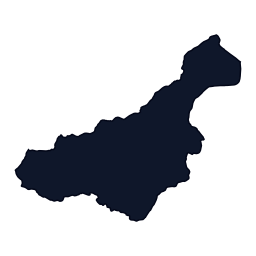 El Tambo, Cañar, Ecuador
{"feature_id": "8360857B65217893137982", "entity_name": "El Tambo", "entity_type": "district", "adm_level": 2, "iso_a3": "ECU", "parent_name": "Ecuador", "parent_adm1": "Cañar", "projection": "albers", "projection_center": [-78.917, -2.482], "detail": "fine", "context": "isolated", "style": "filled", "palette": "ink", "viewbox_px": 256, "rotation_deg": 0, "n_neighbors": 0, "source": "geoboundaries", "source_scale": "gbopen_adm2", "svg_char_len": 5843}
<svg xmlns="http://www.w3.org/2000/svg" viewBox="0 0 256 256"><path d="M180.9,77.1L181.0,78.4L180.7,79.1L179.8,80.3L178.5,80.6L177.2,80.4L175.4,81.4L174.8,81.2L173.6,82.0L173.4,82.6L172.2,83.2L171.3,84.4L169.7,85.5L169.2,86.0L168.6,86.3L167.8,86.4L166.4,86.3L165.7,86.4L164.3,86.9L162.4,88.1L159.0,91.1L157.8,91.8L156.5,92.3L155.8,92.7L155.2,93.3L154.8,94.0L154.4,95.3L152.9,97.8L152.5,98.6L152.2,99.2L150.4,100.6L150.0,101.1L148.1,103.7L147.2,104.7L146.6,105.1L146.0,105.3L145.4,105.7L144.7,106.0L143.9,106.2L142.0,107.0L141.4,107.4L141.0,107.9L141.0,109.3L140.6,109.8L140.2,110.5L140.4,112.1L139.5,112.9L138.9,113.2L137.5,113.5L135.4,113.3L134.0,113.5L130.9,115.0L129.4,115.8L125.0,119.0L123.8,119.5L122.1,118.9L120.1,118.0L118.9,117.5L117.8,117.3L115.9,117.7L114.5,118.8L112.8,120.7L112.0,121.1L111.4,121.1L110.5,120.8L109.6,121.0L108.5,120.9L107.1,120.9L106.0,120.5L105.1,120.6L104.1,120.1L103.2,120.2L102.5,120.1L100.9,120.8L99.1,123.4L98.1,124.3L97.7,125.0L97.5,125.7L96.7,126.7L95.6,127.7L95.3,128.2L94.8,130.7L94.5,131.5L93.7,132.2L92.4,132.9L90.2,133.8L89.1,133.8L88.9,133.6L88.1,133.5L86.8,133.3L85.0,133.3L84.2,133.5L82.9,134.2L79.6,135.8L78.7,136.6L78.3,136.6L77.3,136.6L76.1,136.4L75.2,136.0L73.2,134.9L72.4,134.5L72.1,134.5L71.6,134.6L71.2,134.9L70.6,135.5L70.1,135.8L68.0,136.0L67.4,135.9L67.2,136.3L66.8,136.9L66.1,137.6L65.9,137.7L65.1,137.3L64.9,137.4L64.5,137.6L63.8,137.3L63.2,137.2L62.3,136.6L61.9,135.7L61.4,135.2L61.0,135.0L59.9,136.4L59.3,136.5L58.9,136.6L58.3,137.5L57.5,138.5L56.8,141.1L55.1,144.0L54.9,145.2L55.1,146.4L55.0,147.4L54.7,148.2L54.0,149.1L53.7,149.4L53.3,149.6L51.6,149.4L51.2,149.6L50.7,150.2L50.3,150.5L48.2,150.6L47.5,150.9L45.8,151.0L39.8,150.7L38.5,150.8L37.2,151.2L35.1,150.9L34.5,150.7L32.4,150.2L30.1,150.7L29.7,150.7L29.1,150.4L28.5,149.7L26.8,152.3L26.4,153.1L26.2,153.8L26.1,155.7L25.0,157.5L24.6,158.9L23.4,160.2L22.5,161.5L22.2,162.0L21.7,163.6L18.0,168.0L16.5,169.1L15.4,170.2L15.8,171.2L16.2,173.5L16.6,174.5L17.7,176.4L18.4,177.3L20.3,179.0L21.2,179.6L21.9,180.3L22.1,180.9L22.1,181.4L22.3,182.1L22.3,183.4L22.1,184.3L21.5,185.6L21.5,186.1L21.9,186.4L24.4,187.0L25.7,187.6L26.8,188.3L27.9,189.2L29.0,189.4L30.2,189.1L31.4,188.9L33.0,189.1L34.8,189.4L36.0,190.2L36.4,190.8L36.7,191.9L38.0,193.0L39.1,194.7L40.9,195.6L42.1,196.4L43.3,197.0L45.0,196.9L45.4,197.1L50.3,200.0L52.1,200.1L53.2,200.7L54.2,201.0L55.2,200.8L56.6,200.4L57.4,200.3L58.3,200.5L59.9,201.2L61.7,200.9L62.5,200.3L63.0,199.6L63.9,197.0L64.9,196.6L66.2,196.5L67.3,196.6L68.5,196.5L70.9,195.5L72.3,195.1L73.4,195.3L74.4,195.7L75.4,195.6L76.8,195.3L77.7,194.7L78.5,194.7L79.1,194.4L79.3,193.8L79.9,193.6L81.7,193.4L82.4,193.0L82.9,193.0L87.4,194.7L88.3,195.0L89.1,195.1L89.6,194.9L90.0,194.6L89.9,194.2L89.6,193.6L89.8,193.3L90.6,192.9L91.2,192.8L92.5,192.9L94.0,193.6L94.9,194.2L96.7,194.9L97.6,195.4L98.6,197.9L97.1,198.9L96.6,199.5L96.5,200.3L97.7,202.1L98.9,203.3L99.7,204.1L100.4,204.2L101.8,204.3L102.3,204.6L102.8,205.2L103.4,205.2L104.3,204.3L104.8,204.0L105.5,204.0L106.0,204.2L106.5,204.7L106.9,205.6L107.2,207.0L107.6,207.2L109.4,207.6L110.1,208.0L110.4,208.5L110.6,209.8L111.0,210.8L111.6,211.0L112.8,210.5L113.8,209.7L114.5,209.7L115.7,210.2L117.2,210.6L118.6,210.6L119.6,210.9L120.1,211.7L120.7,212.2L121.5,212.4L122.4,212.4L123.3,212.5L124.9,213.1L126.0,213.7L126.2,214.7L127.3,215.3L128.3,215.5L129.2,215.5L129.5,215.8L129.7,216.6L129.6,218.1L129.6,218.5L129.8,219.0L130.6,219.7L131.4,219.9L134.2,220.1L135.4,220.7L136.3,221.0L137.0,220.9L137.9,220.4L139.3,219.9L142.9,219.5L144.2,218.4L144.9,217.5L145.4,217.3L145.5,217.0L147.2,214.3L149.4,211.0L149.8,210.6L150.4,210.3L151.5,208.2L152.4,206.3L154.0,204.4L156.0,200.2L156.8,197.8L157.1,195.9L157.3,195.4L157.6,195.1L158.9,194.3L160.8,192.3L161.3,191.9L163.4,191.2L164.9,190.4L165.4,189.9L166.2,188.0L166.7,187.5L167.2,187.1L168.1,186.9L171.0,186.5L172.2,186.4L174.3,186.6L175.2,186.4L175.7,186.2L176.2,185.6L177.2,183.4L177.5,183.0L178.1,182.6L178.9,182.2L179.9,182.1L182.0,181.4L183.1,181.2L184.6,181.3L185.1,181.1L185.8,180.8L187.7,179.5L188.4,179.0L188.8,178.4L188.9,177.8L188.8,177.0L188.3,175.0L188.6,174.6L189.2,173.3L189.5,172.5L189.6,171.6L189.0,170.2L186.8,167.8L186.3,166.5L185.7,163.6L185.3,162.1L185.2,161.5L186.2,159.2L186.2,158.8L186.0,157.4L186.8,154.9L187.4,153.3L187.7,152.9L188.1,152.7L190.0,153.2L191.9,154.2L192.2,154.3L192.7,154.0L193.3,153.3L193.6,153.2L196.5,153.5L198.0,153.2L199.2,152.5L199.7,151.8L200.4,150.4L201.4,145.6L201.3,145.0L201.1,144.2L201.0,143.1L200.6,141.6L200.5,140.9L201.4,140.0L202.0,139.8L203.1,139.9L203.5,139.8L204.0,139.4L203.9,138.9L203.3,137.8L203.1,137.1L200.2,133.6L198.7,131.5L197.4,130.4L197.0,129.1L196.7,128.7L196.3,128.3L195.0,127.5L194.5,127.3L192.0,126.7L191.5,126.4L191.1,126.0L190.5,124.7L189.0,123.0L188.7,121.8L188.3,120.7L188.2,119.8L188.3,118.7L188.7,117.4L189.0,113.7L189.4,111.9L189.8,110.8L191.0,109.3L191.7,108.3L192.0,107.3L192.8,103.0L193.6,101.1L194.7,99.0L195.4,98.2L198.0,96.7L201.8,93.1L202.8,91.8L204.3,90.4L206.5,88.5L208.8,86.7L212.2,86.3L214.5,85.9L217.8,85.7L220.5,85.5L224.6,85.5L226.2,85.3L226.7,85.4L234.2,84.8L235.6,84.4L236.9,83.7L237.9,82.9L239.0,81.6L239.8,78.8L240.1,76.3L240.6,68.8L240.1,63.5L240.1,62.4L240.3,61.9L238.7,60.8L235.6,58.1L229.6,53.8L226.1,51.1L225.0,50.4L224.0,49.2L222.7,48.4L220.2,46.3L219.6,45.5L219.1,44.5L218.9,43.5L219.0,43.1L219.8,40.6L219.8,39.7L219.2,38.4L218.0,36.3L217.3,35.6L216.3,35.0L215.0,35.5L211.8,36.3L210.5,36.9L210.0,37.3L209.3,38.9L208.7,39.4L207.6,40.1L203.8,41.8L201.5,43.5L199.1,45.7L198.1,46.5L194.3,48.2L193.3,48.9L191.5,50.5L188.9,51.6L188.2,52.1L185.9,54.5L184.5,56.2L184.3,58.4L184.4,59.3L183.6,61.4L183.4,63.0L183.7,63.9L183.4,64.8L181.9,67.7L181.8,68.4L182.0,68.8L183.6,69.6L183.9,70.6L184.0,71.2L183.4,72.8L182.6,74.2L181.8,74.5L181.3,74.9L181.3,76.4L180.9,77.1Z" fill="#0f172a" stroke="#020617" stroke-width="1.5"/></svg>